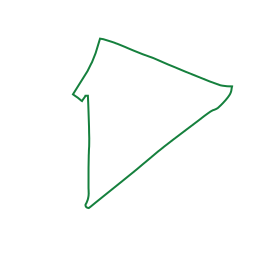 outline of Zawiyya Al-Hamra, Al Qahirah, Egypt, rotated 31°
{"feature_id": "37247803B37865224267935", "entity_name": "Zawiyya Al-Hamra", "entity_type": "district", "adm_level": 2, "iso_a3": "EGY", "parent_name": "Egypt", "parent_adm1": "Al Qahirah", "projection": "mercator", "projection_center": [31.271, 30.098], "detail": "fine", "context": "isolated", "style": "outline", "palette": "green", "viewbox_px": 256, "rotation_deg": 31, "n_neighbors": 0, "source": "geoboundaries", "source_scale": "gbopen_adm2", "svg_char_len": 1888}
<svg xmlns="http://www.w3.org/2000/svg" viewBox="0 0 256 256"><g transform="rotate(31 128 128)"><path d="M63.5,127.5L66.1,127.7L69.5,127.9L73.3,128.5L74.0,128.6L74.7,128.6L74.7,127.3L75.0,123.6L75.0,123.2L75.0,122.9L75.0,122.6L74.9,122.3L77.0,121.0L77.2,121.3L77.4,121.6L81.9,128.4L94.0,147.1L97.1,152.1L100.1,156.8L102.4,160.7L104.2,163.8L105.8,166.9L107.6,170.1L108.4,171.6L108.5,171.8L108.7,172.1L114.7,182.5L125.2,200.0L127.0,202.7L127.1,203.0L127.4,203.4L127.6,203.7L127.9,204.1L128.1,204.4L128.2,204.8L128.4,205.1L128.6,205.4L128.8,205.8L129.0,206.2L129.1,206.5L129.3,206.9L129.4,207.2L129.6,207.6L129.7,208.0L129.8,208.3L130.0,208.7L130.1,209.1L130.2,209.5L130.3,209.8L130.4,210.2L130.5,210.6L130.6,211.0L130.6,211.4L130.7,211.8L130.8,212.1L130.8,212.5L130.9,212.9L130.9,213.3L131.0,213.7L131.0,214.1L131.0,214.5L131.0,214.9L131.1,215.3L131.1,215.7L131.2,215.9L131.4,216.1L131.5,216.3L131.7,216.5L131.9,216.7L132.1,216.8L132.3,217.0L132.6,217.1L132.8,217.2L133.1,217.3L133.3,217.3L133.6,217.3L133.9,217.3L134.1,217.3L134.5,217.2L134.8,217.1L135.0,217.0L135.2,216.9L135.6,216.8L136.5,214.6L138.6,208.7L152.3,171.4L156.9,158.7L159.3,151.6L162.3,143.0L166.1,131.9L166.3,131.5L166.5,131.0L168.7,125.0L172.8,114.5L176.1,106.3L179.1,98.8L183.1,88.9L184.0,86.7L187.1,78.7L189.0,74.2L190.2,71.5L191.5,69.2L192.7,67.8L193.9,66.1L194.7,64.6L195.4,62.2L195.5,61.7L195.7,61.2L196.5,57.9L197.3,53.9L197.8,50.4L198.0,47.8L198.0,46.3L197.8,44.7L197.4,43.0L196.5,40.8L196.3,40.4L196.1,39.9L195.9,38.9L195.8,38.7L193.4,40.1L191.4,41.2L187.1,43.1L185.2,43.8L174.1,46.0L160.9,48.1L148.5,50.1L143.7,50.8L135.4,52.0L129.7,52.9L113.7,55.0L102.6,57.2L92.7,58.8L86.4,59.7L84.0,60.0L80.1,60.6L75.6,61.3L74.3,61.6L72.3,61.9L69.2,62.6L61.1,64.6L58.0,65.8L58.1,66.2L61.7,80.6L63.3,90.4L63.3,91.0L63.3,91.5L64.0,100.1L63.5,126.4L63.5,127.0L63.5,127.5Z" fill="none" stroke="#15803d" stroke-width="2"/></g></svg>